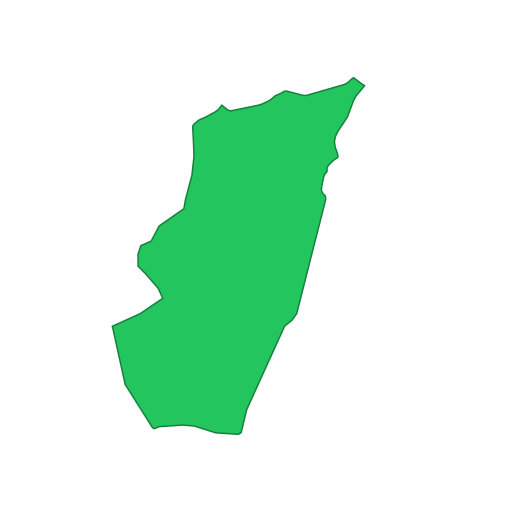 SVG path tracing the border of Mayo-Kebbi Ouest, rotated 242°
{"feature_id": "TCD-4858", "entity_name": "Mayo-Kebbi Ouest", "entity_type": "Prefecture", "adm_level": 1, "iso_a3": "TCD", "parent_name": "Chad", "parent_adm1": "", "projection": "robinson", "projection_center": [14.975, 9.209], "detail": "fine", "context": "isolated", "style": "filled", "palette": "green", "viewbox_px": 512, "rotation_deg": 242, "n_neighbors": 0, "source": "natural_earth", "source_scale": "10m", "svg_char_len": 1302}
<svg xmlns="http://www.w3.org/2000/svg" viewBox="0 0 512 512"><g transform="rotate(242 256 256)"><path d="M204.0,80.2L261.4,96.2L259.5,126.7L262.4,153.8L273.3,154.5L292.4,150.1L302.3,147.1L312.9,152.6L319.2,159.2L318.4,170.5L328.0,184.6L331.6,214.5L339.5,220.7L357.2,237.2L372.9,247.9L387.5,255.0L400.1,260.9L400.1,261.2L400.2,261.5L400.9,261.8L401.3,262.7L401.7,263.8L402.7,268.9L402.8,270.8L402.3,275.9L402.4,287.5L402.9,291.4L405.2,296.6L398.2,299.6L396.1,301.6L388.1,328.7L387.3,332.9L387.0,340.3L387.2,342.9L388.1,346.5L388.3,347.7L388.4,349.1L388.0,354.1L388.2,357.9L387.8,359.3L387.3,360.4L376.3,372.3L374.8,374.4L374.1,376.0L366.1,413.9L365.9,416.0L366.1,418.5L366.3,419.8L367.3,423.2L367.7,425.8L358.8,430.0L355.4,431.8L350.1,419.0L347.1,414.7L335.8,402.0L327.5,386.7L324.2,382.2L320.1,378.9L315.1,377.1L307.8,375.9L305.1,375.0L304.4,373.5L304.4,371.4L304.0,368.7L302.2,363.0L301.1,360.9L299.7,359.6L298.2,359.0L296.9,357.9L295.9,355.2L294.2,353.0L286.4,346.6L283.7,344.8L281.9,344.4L280.1,344.4L278.4,344.7L276.6,345.4L273.4,344.3L229.8,304.6L186.1,265.0L182.5,257.9L180.6,248.3L124.6,175.5L107.1,160.1L106.8,156.8L118.8,137.4L134.8,121.7L141.0,112.2L150.6,90.8L151.0,88.6L151.1,86.4L151.6,84.7L153.2,84.0L156.1,83.8L204.0,80.2Z" fill="#22c55e" stroke="#15803d" stroke-width="1.5"/></g></svg>